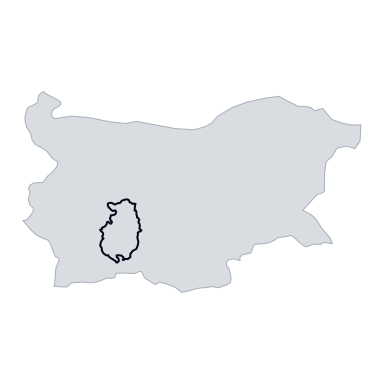 Bulgaria, with Pazardzhik highlighted
{"feature_id": "BGR-2234", "entity_name": "Pazardzhik", "entity_type": "Province", "adm_level": 1, "iso_a3": "BGR", "parent_name": "Bulgaria", "parent_adm1": "", "projection": "robinson", "projection_center": [24.121, 42.158], "detail": "fine", "context": "in_parent", "style": "outline", "palette": "ink", "viewbox_px": 384, "rotation_deg": 0, "n_neighbors": 0, "source": "natural_earth", "source_scale": "10m", "svg_char_len": 3707}
<svg xmlns="http://www.w3.org/2000/svg" viewBox="0 0 384 384"><path d="M332.2,243.7L324.8,242.5L322.2,242.9L320.6,244.5L317.2,244.2L313.0,244.2L308.5,246.1L306.1,246.9L302.8,245.2L296.6,239.9L292.9,236.3L290.1,235.4L287.3,236.5L277.4,237.7L275.1,239.8L270.6,242.2L266.0,243.3L259.4,244.1L255.9,244.0L254.0,245.1L252.4,248.5L251.3,251.9L250.3,253.2L242.1,254.9L240.3,256.8L239.8,258.7L240.0,260.6L233.4,258.8L228.3,260.0L227.1,261.4L226.1,263.5L226.7,265.7L228.6,267.9L230.4,273.7L231.1,279.5L230.1,282.8L226.3,285.1L218.5,287.7L210.9,286.5L207.6,287.5L202.0,287.8L196.8,288.5L188.9,290.9L181.7,292.3L175.2,287.4L167.6,284.2L159.5,282.2L156.7,283.6L155.5,284.7L148.8,280.5L145.8,278.9L144.3,277.3L141.5,271.6L139.9,271.4L134.3,273.5L129.0,273.4L125.8,273.0L116.2,273.3L115.0,277.2L113.8,277.8L111.7,278.3L106.7,278.1L100.2,280.9L93.2,282.7L87.8,282.7L82.2,281.9L78.8,282.5L71.6,282.8L67.0,287.0L59.8,286.8L53.8,286.1L54.6,284.7L55.9,268.0L58.9,260.6L58.8,259.0L58.1,257.9L55.5,256.7L53.6,252.7L49.7,242.0L47.5,239.9L41.3,237.7L35.9,234.6L31.4,230.6L23.0,220.6L27.3,219.6L28.6,217.6L32.9,212.1L33.4,209.4L32.9,207.9L30.1,205.2L28.2,199.5L29.7,194.1L29.9,191.3L28.5,188.6L30.0,185.2L33.0,183.3L35.0,182.8L43.0,182.4L48.1,175.6L51.2,173.4L54.4,169.5L55.9,168.1L57.3,165.1L57.8,162.0L51.5,157.7L49.3,154.5L46.5,150.9L42.7,148.4L35.0,144.2L32.1,139.9L30.8,134.3L28.8,130.1L26.5,127.3L26.1,125.0L25.2,122.3L25.0,116.9L26.9,109.7L28.1,107.1L30.7,106.4L37.7,102.6L38.0,97.7L39.3,94.6L41.5,92.9L43.5,91.7L47.3,94.6L56.4,99.1L60.9,102.4L60.7,104.5L58.5,106.5L54.5,108.5L52.2,111.1L51.6,114.4L52.1,116.7L54.9,118.7L71.4,116.1L88.1,117.5L110.6,121.9L125.5,123.5L136.5,121.4L156.9,125.2L175.9,128.7L194.2,129.7L204.4,126.9L211.5,123.3L217.6,116.3L232.8,107.2L247.5,102.0L266.8,97.8L279.6,96.4L281.5,97.9L298.0,106.3L305.3,106.3L311.3,107.8L313.5,110.0L315.0,110.6L322.8,108.5L326.4,113.1L331.9,119.5L341.3,122.9L349.6,124.7L352.2,125.0L361.0,124.9L360.0,141.0L354.9,148.6L347.0,146.0L337.0,148.1L331.8,156.7L328.8,159.2L326.1,162.2L324.6,173.2L324.5,191.4L320.7,193.6L317.2,194.3L302.8,210.3L311.3,214.8L315.1,218.2L321.4,227.7L330.4,238.4L332.2,243.7Z" fill="#d9dde1" stroke="#a8b0b8" stroke-width="1"/><path d="M135.4,204.0L134.8,207.2L134.7,210.5L135.9,210.7L136.5,212.4L136.4,213.1L136.5,214.6L137.0,216.1L137.0,217.4L138.0,217.8L139.3,219.7L138.5,221.5L138.5,222.5L139.4,223.7L139.8,225.5L139.6,227.4L139.5,228.7L140.4,229.4L141.3,230.3L140.5,231.3L139.0,231.7L137.8,232.6L137.9,235.4L137.3,236.9L137.6,238.7L138.4,241.9L137.8,245.0L137.2,246.9L136.3,249.0L134.3,250.0L132.7,250.9L130.4,253.8L130.4,257.0L128.0,258.9L124.9,259.0L123.8,259.9L122.9,259.8L123.3,258.6L123.5,257.4L121.4,255.6L118.6,255.2L116.6,255.5L116.8,257.2L117.8,257.9L118.6,258.9L118.8,261.1L117.2,262.6L116.1,262.2L115.5,261.0L109.3,257.1L108.7,256.0L108.0,255.2L107.0,255.5L106.0,255.3L104.8,254.2L103.5,253.4L102.0,250.9L101.7,247.9L100.9,246.8L100.2,245.6L100.5,244.5L100.5,243.2L101.8,240.2L103.4,238.6L102.4,237.4L102.4,235.9L103.0,235.2L103.2,234.1L102.8,232.7L101.9,231.8L100.8,231.0L100.3,229.7L101.3,229.5L102.1,229.0L102.0,228.1L102.4,227.5L104.9,226.5L106.7,224.1L107.1,222.1L108.4,221.8L109.1,222.6L109.8,223.3L110.9,223.7L111.8,222.6L111.8,221.5L110.9,220.9L110.0,218.4L111.0,215.3L113.2,215.1L115.3,214.3L116.2,211.8L115.3,210.5L112.6,210.9L110.5,209.2L109.8,208.3L108.9,207.6L108.2,206.4L107.7,205.0L108.0,203.5L109.6,202.9L111.1,202.8L112.6,203.3L113.8,204.2L115.1,204.5L117.7,203.2L119.0,203.2L120.3,202.7L121.8,200.7L123.8,200.0L124.7,199.8L125.7,199.4L127.2,199.5L128.7,200.0L129.3,201.0L129.6,202.2L130.6,202.6L131.6,202.9L132.3,203.8L133.1,203.8L134.3,203.6L135.4,204.0Z" fill="none" stroke="#020617" stroke-width="2"/></svg>